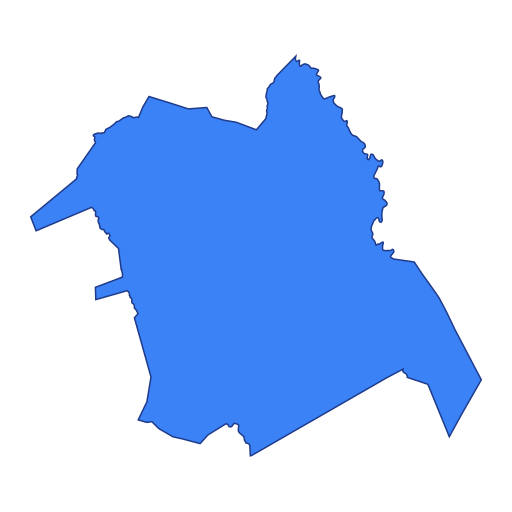 Iliatenco, Guerrero, Mexico
{"feature_id": "50627088B94686315759105", "entity_name": "Iliatenco", "entity_type": "district", "adm_level": 2, "iso_a3": "MEX", "parent_name": "Mexico", "parent_adm1": "Guerrero", "projection": "equal_earth", "projection_center": [-98.646, 17.051], "detail": "fine", "context": "isolated", "style": "filled", "palette": "blue", "viewbox_px": 512, "rotation_deg": 0, "n_neighbors": 0, "source": "geoboundaries", "source_scale": "gbopen_adm2", "svg_char_len": 5994}
<svg xmlns="http://www.w3.org/2000/svg" viewBox="0 0 512 512"><path d="M138.2,419.9L146.7,422.4L151.9,421.7L157.7,427.5L159.5,429.0L173.0,436.8L182.8,439.0L200.1,443.6L208.1,434.8L225.6,424.0L226.1,423.7L226.7,424.1L227.6,424.2L227.8,424.4L228.9,426.5L229.8,426.8L230.8,426.9L232.0,426.2L234.1,423.3L237.0,424.0L237.7,424.4L238.4,424.9L238.8,426.0L238.5,427.1L238.3,429.5L238.4,430.7L238.6,431.6L239.8,433.2L241.9,434.9L242.8,435.8L243.6,436.2L243.8,436.5L244.5,440.2L244.8,440.5L245.1,441.4L245.9,442.9L246.5,443.2L247.3,443.1L247.7,443.3L249.0,444.2L249.7,445.1L249.9,445.9L250.3,455.8L251.4,455.6L386.8,377.7L403.1,369.1L402.7,370.5L402.9,371.5L404.1,372.7L405.7,373.5L406.4,374.2L407.1,375.6L407.3,376.6L407.3,377.4L427.9,384.3L449.3,436.7L461.6,414.3L481.3,379.8L454.7,329.1L446.3,311.5L439.1,297.9L433.9,290.3L422.4,274.3L414.2,262.0L393.5,259.0L391.3,257.6L390.4,256.7L390.6,256.1L393.1,253.0L393.8,251.9L393.8,251.1L393.6,250.2L392.9,249.4L392.3,249.3L391.4,250.2L390.3,250.5L386.5,250.6L384.3,250.5L383.0,250.1L382.8,249.8L382.7,249.4L382.5,247.9L382.8,244.6L383.3,243.4L383.3,242.9L383.2,242.4L382.9,242.1L382.6,242.1L381.5,242.7L379.0,244.3L378.1,244.0L377.7,244.2L377.4,244.4L376.7,245.1L376.4,245.2L376.0,245.0L375.8,244.6L375.4,243.4L375.1,242.1L374.3,240.6L372.6,238.6L371.9,237.2L371.9,236.6L372.6,235.1L372.8,234.5L372.8,233.6L371.3,230.4L371.1,229.3L371.1,228.2L371.6,226.1L374.0,220.4L374.6,220.1L375.1,219.6L375.9,218.5L376.7,217.9L377.5,217.6L377.9,217.7L378.3,218.0L378.7,218.7L379.4,221.4L379.9,222.0L381.2,222.2L381.6,221.7L382.1,220.6L382.2,219.5L381.9,217.0L381.8,214.4L382.0,212.3L382.7,208.7L383.0,207.9L383.5,207.3L385.5,206.1L386.5,205.3L386.9,204.7L387.0,203.7L386.9,203.0L386.4,202.0L384.8,200.2L382.9,199.0L382.4,198.3L382.4,197.2L383.2,196.0L384.0,194.0L384.1,192.1L383.8,191.1L383.3,190.9L382.7,190.8L381.4,190.7L380.7,190.9L379.9,190.7L379.4,190.3L379.4,189.0L379.5,184.2L379.4,183.3L379.0,182.0L377.9,180.0L377.2,179.1L376.7,178.7L376.2,178.5L374.5,178.5L374.2,178.2L373.8,177.2L373.9,175.7L376.4,170.7L377.9,167.4L378.0,166.5L378.3,166.1L378.9,166.1L379.8,166.4L380.2,166.8L380.8,166.8L381.3,166.5L382.0,165.6L382.5,164.1L382.8,162.4L382.8,161.1L382.2,160.0L381.7,159.9L381.1,160.1L379.6,161.2L379.3,161.3L378.7,161.2L378.0,160.8L375.4,158.7L374.6,157.4L373.6,155.5L373.1,154.8L372.1,154.2L371.0,154.3L370.7,154.8L370.4,155.8L370.4,156.2L369.8,157.6L368.7,159.6L368.3,159.7L367.9,159.6L367.5,159.2L367.3,158.5L367.2,157.4L367.3,156.6L367.7,155.4L367.7,154.9L367.5,154.4L367.1,154.2L366.3,154.0L364.5,153.8L363.9,153.3L363.2,152.4L362.7,151.6L362.6,151.0L362.7,149.5L362.9,149.0L364.3,148.2L365.2,147.2L365.2,145.2L364.8,144.3L364.3,143.5L363.5,142.8L361.0,141.3L360.3,140.7L357.1,137.1L355.8,136.3L352.5,135.2L350.5,132.7L348.2,127.5L346.7,125.9L346.7,125.4L347.2,122.5L347.2,121.4L347.0,120.9L346.8,120.7L346.5,120.6L345.9,121.1L344.1,121.3L343.6,121.0L343.1,120.3L341.5,117.9L341.3,116.8L342.1,113.0L342.3,110.9L342.3,109.5L342.0,108.7L341.4,108.2L339.7,107.3L338.5,107.0L336.8,105.9L334.0,103.2L333.0,100.1L333.2,99.5L334.5,97.5L334.7,96.9L334.7,95.8L334.5,95.6L334.1,95.5L333.2,95.7L329.8,96.8L324.6,98.9L323.9,98.9L323.5,98.5L321.0,95.1L320.4,93.7L320.0,92.2L318.9,89.7L318.9,89.1L319.3,88.0L319.3,86.9L319.2,85.9L319.0,84.1L318.2,82.4L318.2,81.9L318.3,81.1L318.8,80.2L320.7,78.3L320.7,77.5L320.3,77.1L319.6,76.5L317.1,75.4L316.6,74.7L316.4,74.4L317.6,72.0L318.4,70.8L318.5,70.6L318.4,70.0L317.7,69.5L313.7,68.2L311.3,68.3L308.7,65.3L307.8,64.8L305.3,63.9L304.2,64.0L303.3,64.4L302.0,65.1L300.8,66.1L300.3,66.3L300.0,66.0L299.6,65.5L299.3,63.7L299.3,62.8L299.5,62.0L299.6,61.0L299.5,60.4L299.3,60.2L298.9,60.2L298.1,60.9L297.0,61.5L296.3,61.0L295.7,60.4L295.5,59.9L295.4,59.2L295.4,58.3L295.8,56.2L277.1,75.3L276.0,76.8L275.2,77.7L274.5,79.0L274.0,81.8L273.5,82.6L272.5,83.3L270.4,84.4L268.7,87.3L267.4,88.6L267.2,89.7L267.3,90.6L266.8,91.8L266.1,95.0L265.9,96.7L266.1,97.9L267.0,99.2L267.1,99.7L267.1,101.2L267.9,102.9L267.9,103.5L267.9,103.8L267.1,105.9L267.1,106.5L267.4,107.8L267.4,108.2L266.6,110.6L266.7,111.6L267.1,113.4L265.7,118.8L256.4,129.8L236.4,122.3L224.1,120.2L211.9,116.8L206.8,107.5L188.4,108.9L169.0,102.7L149.0,96.5L142.9,106.9L138.5,117.4L137.6,117.1L136.4,117.1L135.0,117.5L132.9,117.5L131.6,116.6L129.3,115.9L128.6,115.8L127.1,116.3L126.3,117.0L125.6,117.4L124.3,117.5L123.4,117.9L118.9,121.1L118.4,121.4L116.9,121.5L116.1,122.1L114.3,124.0L110.1,127.2L105.7,129.5L105.2,131.1L104.7,131.7L104.4,132.4L103.8,132.9L102.0,132.9L101.3,133.5L101.1,133.5L100.0,133.1L99.0,133.3L97.5,133.0L96.3,133.7L94.8,133.9L93.7,134.7L93.3,135.4L93.4,135.9L93.8,136.2L94.6,136.6L94.8,137.0L94.9,137.5L94.8,138.1L94.4,139.0L94.5,140.6L95.3,141.9L95.5,142.7L77.2,168.9L77.1,174.5L77.5,174.8L77.6,175.4L77.3,176.5L76.8,177.0L76.6,177.4L76.6,178.8L30.7,216.8L36.1,230.8L91.6,207.3L92.5,208.1L93.2,208.6L93.7,209.6L94.2,210.1L94.3,210.8L95.3,210.9L95.6,211.3L95.7,213.1L95.5,213.6L95.6,215.8L95.7,216.0L96.2,216.5L97.6,216.6L98.7,217.6L98.8,217.9L98.8,218.5L98.6,218.7L98.2,219.5L98.1,219.9L98.1,220.5L98.4,221.0L98.3,222.4L98.6,223.0L99.4,224.1L99.4,225.3L99.6,225.7L99.7,226.6L100.2,227.2L100.0,227.9L100.1,228.3L102.2,229.6L103.8,229.5L104.2,230.1L104.4,231.1L104.9,231.4L105.0,231.7L105.0,232.1L105.6,232.6L105.9,233.1L106.4,233.3L106.6,234.0L106.8,234.1L107.1,234.0L108.4,233.1L108.9,233.4L109.4,234.3L109.6,235.1L110.0,235.6L110.0,235.9L109.9,236.2L109.0,237.2L108.7,237.8L108.9,238.5L109.6,239.6L109.6,239.9L118.5,248.5L120.9,267.3L121.5,268.8L121.0,269.0L121.1,269.5L121.9,270.5L121.9,271.5L122.4,273.4L122.5,275.9L122.3,276.7L122.4,277.1L95.4,287.3L95.8,299.6L127.5,290.6L128.5,292.2L129.0,292.6L129.3,293.1L129.4,293.5L129.4,295.4L130.0,296.4L130.2,297.6L131.1,298.0L131.5,298.3L131.9,300.4L131.8,301.8L131.8,302.5L132.4,303.3L133.2,303.8L133.9,304.5L134.1,304.9L134.3,305.9L134.4,306.7L134.3,307.8L134.5,308.1L136.5,310.5L138.0,313.6L134.4,317.8L151.0,377.0L146.9,401.8L138.2,419.9Z" fill="#3b82f6" stroke="#1e3a8a" stroke-width="1.5"/></svg>